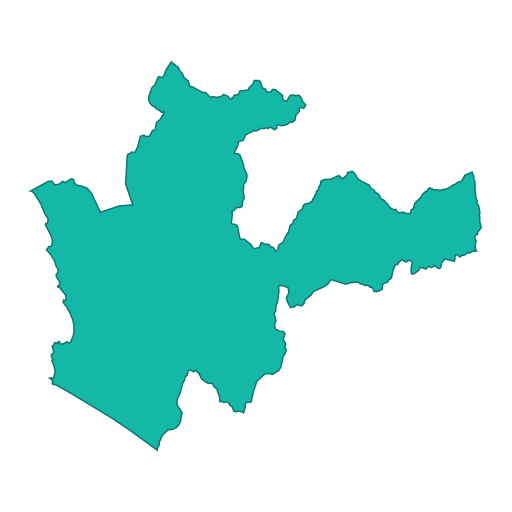 outline of Huaura, Lima, Peru
{"feature_id": "86281439B29242066404010", "entity_name": "Huaura", "entity_type": "district", "adm_level": 2, "iso_a3": "PER", "parent_name": "Peru", "parent_adm1": "Lima", "projection": "natural_earth1", "projection_center": [-77.14, -11.027], "detail": "fine", "context": "isolated", "style": "filled", "palette": "teal", "viewbox_px": 512, "rotation_deg": 0, "n_neighbors": 0, "source": "geoboundaries", "source_scale": "gbopen_adm2", "svg_char_len": 5988}
<svg xmlns="http://www.w3.org/2000/svg" viewBox="0 0 512 512"><path d="M30.7,191.0L32.0,191.1L34.4,193.7L40.8,203.9L44.9,213.9L48.1,218.9L47.8,222.4L47.2,223.4L45.8,223.4L45.4,224.7L50.9,235.4L52.1,238.9L52.4,242.8L51.1,246.3L48.7,246.7L46.5,249.8L50.3,254.0L54.6,261.0L55.9,265.6L57.8,268.8L58.2,272.2L56.2,274.4L56.2,276.5L59.6,281.7L59.9,284.8L58.0,285.7L57.6,286.8L59.6,287.6L65.8,295.4L66.0,299.6L64.9,300.8L63.8,299.9L63.0,302.2L63.8,302.4L63.9,303.5L67.9,308.5L67.9,309.7L69.7,312.4L72.9,320.1L73.9,325.7L74.0,331.3L73.2,336.1L70.3,342.5L68.6,342.9L66.6,341.7L64.2,343.5L60.9,344.2L59.2,343.0L59.6,341.6L58.7,341.5L56.7,343.2L54.5,342.7L53.8,345.1L52.3,346.0L53.7,352.2L53.0,353.8L51.5,354.3L51.3,356.6L52.7,358.7L51.8,361.0L52.8,362.1L55.2,370.9L53.9,377.8L52.7,378.6L51.1,377.7L49.6,378.1L52.9,380.5L51.9,383.4L52.4,382.9L52.8,384.4L54.0,384.2L58.2,386.1L70.4,393.0L111.4,417.8L130.4,430.6L157.2,450.2L157.3,448.1L159.3,444.8L159.1,441.4L160.2,440.5L162.2,435.2L168.3,429.7L172.1,429.5L176.3,427.7L178.9,424.7L180.4,421.7L182.0,412.3L177.6,405.9L176.9,402.1L177.6,398.0L179.9,393.9L182.7,383.4L184.5,380.2L185.1,377.1L187.2,375.2L188.5,370.2L190.9,370.3L193.8,371.8L195.4,370.3L198.9,373.4L201.7,378.9L204.1,381.0L208.1,383.3L212.2,383.4L214.7,387.4L217.4,389.2L217.3,391.4L218.6,393.7L219.6,397.8L219.7,401.6L221.8,401.3L223.4,402.5L227.6,402.0L229.2,403.4L229.7,405.2L232.2,406.9L233.8,411.2L236.4,411.8L239.4,410.8L243.6,412.8L245.1,407.8L245.7,402.7L247.8,402.1L250.4,402.4L251.3,401.5L253.3,392.1L256.8,381.4L264.8,374.0L269.4,373.5L272.6,374.4L278.7,370.6L280.5,367.6L282.2,361.7L282.8,357.0L285.0,353.8L286.2,350.1L284.9,346.7L285.8,344.0L283.3,339.5L285.0,333.7L283.5,331.5L279.6,331.2L275.6,329.2L274.8,327.0L274.7,324.2L275.9,320.3L274.0,313.1L275.6,311.7L276.0,305.3L277.5,302.6L278.9,291.3L278.6,285.9L282.3,285.5L288.2,287.8L288.8,293.0L286.4,297.8L287.3,301.5L290.5,307.5L294.1,307.0L296.6,304.8L301.6,305.9L304.1,303.4L305.1,299.8L311.2,294.9L313.4,291.5L324.3,286.5L328.1,283.9L329.3,281.6L331.5,279.7L345.5,284.1L351.7,282.5L358.3,282.1L360.3,284.0L362.0,283.8L364.5,285.4L368.5,285.5L369.9,287.3L372.1,287.2L374.2,291.5L377.9,291.5L382.2,289.2L382.5,284.9L383.2,283.8L387.9,281.8L388.9,279.5L390.8,278.9L392.1,275.4L393.0,270.0L394.2,268.1L395.1,264.7L397.8,264.3L398.9,262.4L401.7,259.8L406.3,262.1L408.6,260.3L411.3,260.9L412.1,262.5L411.0,269.3L411.6,274.0L414.1,273.8L418.8,270.3L419.8,267.7L422.5,267.6L425.8,269.2L428.0,266.6L429.2,266.5L430.7,267.5L433.7,266.5L434.2,265.1L436.8,267.6L439.1,268.6L440.7,267.5L441.7,262.7L445.0,259.0L454.1,261.3L454.8,260.3L454.9,256.5L455.8,254.8L457.3,254.8L460.0,257.0L461.7,255.6L465.4,254.7L467.2,252.5L469.1,253.2L473.5,251.0L476.5,251.2L475.3,248.6L475.2,245.1L476.1,240.8L474.8,238.2L474.7,236.7L475.7,235.0L477.6,234.2L477.8,232.2L481.3,227.5L479.7,221.3L479.8,216.8L479.1,215.2L479.9,214.0L479.6,210.8L478.6,205.6L476.9,203.4L477.2,200.2L475.9,198.3L474.9,186.9L475.1,182.1L473.8,179.7L473.8,176.0L472.9,175.1L472.1,172.0L465.0,175.2L461.3,181.3L457.9,182.1L454.4,184.8L452.2,185.3L450.9,186.8L445.9,189.1L438.7,190.4L436.1,189.5L434.4,190.0L429.7,187.8L428.7,188.4L426.9,191.4L425.6,191.5L422.5,194.3L421.1,197.1L414.9,203.1L413.2,208.9L411.1,209.9L410.2,213.7L406.3,213.5L403.1,212.1L399.0,212.9L396.4,210.9L395.8,209.4L393.2,209.5L391.7,208.8L388.7,206.2L387.0,203.2L385.3,202.5L384.7,200.7L380.3,198.2L379.9,196.2L378.2,194.1L375.1,192.0L374.1,190.1L371.3,188.8L369.0,184.9L364.9,183.2L364.2,182.2L362.6,182.1L357.8,178.8L355.5,174.7L352.7,171.5L351.6,171.3L349.7,172.3L347.6,172.3L347.1,174.8L342.5,178.9L338.9,175.5L330.4,179.3L324.5,179.5L321.0,181.0L320.4,184.3L318.4,188.0L318.6,190.1L316.5,191.0L316.4,193.4L314.9,194.8L314.4,197.6L313.2,198.4L311.9,201.7L310.7,201.9L309.4,203.1L304.8,204.0L303.2,205.9L302.3,208.8L298.0,212.3L296.7,218.0L293.4,220.5L293.0,223.2L290.1,225.4L288.4,232.4L286.8,234.2L282.6,242.8L279.3,244.5L278.2,246.6L278.1,249.4L276.7,250.9L275.4,251.0L273.4,247.6L270.8,246.8L269.2,244.9L267.1,244.1L264.7,244.2L261.9,242.7L261.0,242.9L259.4,247.5L253.8,248.8L250.9,244.6L244.5,239.3L241.2,239.5L239.7,237.6L237.3,225.7L234.8,224.3L231.8,224.0L231.3,222.8L232.4,214.2L231.8,211.3L233.7,210.7L236.7,207.5L240.6,207.4L242.2,206.0L242.7,200.9L244.3,198.2L243.1,191.0L243.8,187.0L243.5,184.8L243.9,183.6L245.7,182.2L247.0,176.6L246.8,174.0L243.7,167.7L243.7,165.3L240.0,155.2L238.5,153.9L234.3,153.4L234.3,152.6L237.9,145.4L238.4,141.6L242.7,140.6L243.8,139.6L245.3,135.1L253.2,130.9L256.9,130.7L260.8,128.4L263.9,128.6L265.9,127.8L268.1,128.6L269.4,127.3L270.7,127.3L274.7,129.8L276.7,128.1L276.8,125.3L278.3,124.8L281.3,125.7L284.3,125.3L287.7,124.1L290.2,121.8L292.2,122.4L295.0,120.2L295.9,115.2L299.4,111.2L299.6,107.9L300.9,107.3L303.4,108.4L304.5,107.5L305.7,105.0L302.2,100.9L301.3,97.9L298.9,95.1L295.8,95.9L292.8,94.8L290.0,95.5L286.5,101.4L282.9,99.8L282.5,95.4L275.4,89.7L272.3,89.4L271.2,91.7L267.2,92.3L265.5,89.1L262.3,87.8L260.6,82.3L258.9,80.5L254.2,80.5L252.9,84.1L249.3,87.4L248.4,89.9L239.9,91.1L238.3,94.7L234.3,95.1L232.8,97.7L230.6,99.0L229.9,98.8L228.0,96.3L223.5,94.5L221.0,96.6L216.6,97.4L213.3,96.7L210.2,97.2L205.4,92.3L202.9,92.6L192.1,86.7L189.8,86.4L188.3,80.9L184.3,77.9L182.4,73.7L180.0,71.1L178.2,67.2L175.4,65.6L174.8,64.2L173.0,63.9L171.3,61.8L165.5,70.7L165.0,73.2L163.2,76.5L161.7,77.4L159.0,76.7L158.1,77.1L154.6,85.5L152.1,87.3L149.3,94.7L148.6,98.9L149.5,102.5L152.3,105.9L155.7,107.6L155.9,108.6L159.9,110.7L160.9,112.0L162.9,112.4L163.9,111.7L163.5,114.6L161.9,116.0L160.7,119.0L156.7,122.3L155.5,126.9L155.5,129.4L152.4,130.8L149.3,136.4L146.2,136.5L143.8,135.2L140.3,136.4L137.8,146.5L134.9,152.6L131.7,152.0L130.4,153.3L128.0,154.1L127.2,155.8L125.6,183.6L132.7,204.8L119.2,206.0L100.4,212.2L91.3,193.0L86.3,187.4L84.1,187.4L82.8,186.4L76.5,185.0L74.2,182.8L73.7,179.8L72.6,179.0L71.1,178.9L65.1,182.7L62.6,181.3L59.7,183.9L55.6,184.9L54.4,184.6L52.0,181.1L48.1,181.4L30.7,191.0Z" fill="#14b8a6" stroke="#0f766e" stroke-width="1.5"/></svg>